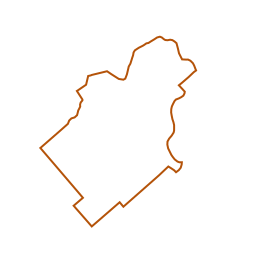 outline of Suong, Kâmpóng Cham, Cambodia, rotated 228°
{"feature_id": "14789045B38579043699955", "entity_name": "Suong", "entity_type": "district", "adm_level": 2, "iso_a3": "KHM", "parent_name": "Cambodia", "parent_adm1": "Kâmpóng Cham", "projection": "robinson", "projection_center": [105.675, 11.93], "detail": "fine", "context": "isolated", "style": "outline", "palette": "amber", "viewbox_px": 256, "rotation_deg": 228, "n_neighbors": 0, "source": "geoboundaries", "source_scale": "gbopen_adm2", "svg_char_len": 1445}
<svg xmlns="http://www.w3.org/2000/svg" viewBox="0 0 256 256"><g transform="rotate(228 128 128)"><path d="M171.8,49.5L151.0,49.0L106.3,47.8L106.6,35.6L79.1,35.2L78.4,72.1L72.6,71.9L72.1,119.6L72.4,132.2L69.7,133.0L65.8,134.0L63.0,134.1L62.7,137.5L63.2,140.6L65.0,143.5L66.5,145.1L68.2,143.2L70.0,142.3L73.5,141.7L76.5,141.9L78.9,142.2L81.8,143.0L86.0,144.2L89.3,146.1L91.5,148.3L92.6,151.5L93.1,155.3L94.1,158.9L95.3,160.6L97.4,162.5L99.3,164.2L102.0,165.7L104.8,166.9L107.7,168.6L110.6,170.4L113.1,172.8L114.7,175.1L115.8,177.7L116.9,180.6L117.1,182.7L116.0,185.5L115.3,188.2L115.0,190.8L115.9,193.1L117.0,194.5L125.7,194.4L125.5,198.0L125.3,207.2L125.5,214.3L125.2,217.1L126.9,217.7L130.0,218.9L132.7,219.6L136.2,219.4L138.7,218.4L140.0,216.9L142.8,214.1L149.4,215.9L153.5,218.2L158.6,220.8L161.0,220.5L163.6,219.8L165.4,218.4L166.7,216.2L168.4,214.6L169.9,214.1L172.7,213.7L174.5,212.8L175.8,210.2L176.3,206.9L177.1,202.7L177.5,200.1L178.6,198.3L178.9,195.8L179.2,194.1L180.4,189.7L181.1,185.1L180.4,182.7L178.6,180.4L177.4,178.2L176.2,176.2L174.2,172.8L173.2,169.7L171.5,167.3L168.6,163.1L166.5,159.0L167.0,156.9L170.6,154.0L179.3,151.6L184.2,150.4L191.7,136.5L192.0,135.5L193.3,133.2L188.2,125.8L189.7,114.8L179.7,113.2L179.0,112.6L178.6,109.9L177.5,108.1L175.9,106.8L175.1,104.9L174.3,102.7L172.9,100.7L171.6,98.7L171.6,95.4L173.0,92.4L172.9,89.3L171.3,86.1L171.4,74.2L171.8,49.5Z" fill="none" stroke="#b45309" stroke-width="2"/></g></svg>